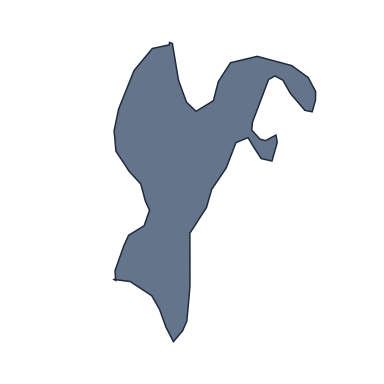 the district of Gbor, Nimba, Liberia, rotated 286°
{"feature_id": "62588387B71745180805277", "entity_name": "Gbor", "entity_type": "district", "adm_level": 2, "iso_a3": "LBR", "parent_name": "Liberia", "parent_adm1": "Nimba", "projection": "natural_earth1", "projection_center": [-8.695, 7.096], "detail": "fine", "context": "isolated", "style": "filled", "palette": "slate", "viewbox_px": 384, "rotation_deg": 286, "n_neighbors": 0, "source": "geoboundaries", "source_scale": "gbopen_adm2", "svg_char_len": 1330}
<svg xmlns="http://www.w3.org/2000/svg" viewBox="0 0 384 384"><g transform="rotate(286 192 192)"><path d="M329.6,129.2L327.1,129.4L319.0,114.3L296.9,104.6L292.8,102.8L282.1,101.7L251.6,98.6L236.5,99.7L231.7,100.1L229.5,100.2L210.3,107.6L199.1,120.7L194.7,125.7L187.1,138.0L185.5,140.6L170.5,149.6L165.3,154.0L162.7,156.2L146.4,155.3L132.9,143.0L121.5,141.3L113.8,140.8L111.3,140.7L95.2,139.7L87.6,142.4L86.4,141.1L86.0,143.0L86.7,142.7L87.9,150.8L88.9,157.2L81.2,181.9L74.7,188.6L70.2,193.2L54.7,204.4L43.0,215.4L55.9,221.2L66.6,222.6L89.6,218.2L100.9,216.0L103.7,215.2L129.1,207.9L151.8,201.3L157.9,203.2L161.2,204.2L170.6,207.0L181.0,210.2L199.5,210.2L200.0,210.2L208.8,213.1L222.8,217.7L224.8,218.3L237.3,219.4L251.5,220.6L255.7,225.8L259.7,230.9L252.8,238.2L243.2,249.3L243.7,258.3L243.8,260.3L262.9,260.3L265.7,259.1L269.9,257.0L261.6,248.5L261.6,242.6L262.5,241.2L268.0,232.3L276.2,230.9L290.5,232.1L321.3,234.6L325.7,239.1L326.4,239.8L324.5,248.6L313.7,259.6L309.0,266.8L301.6,278.0L302.2,285.4L314.3,285.4L322.6,283.2L329.2,276.8L334.0,272.2L341.0,253.0L340.6,231.1L340.4,217.3L334.8,207.4L326.9,193.4L310.1,188.3L305.5,186.9L295.8,187.1L293.3,187.2L285.6,187.4L270.7,173.6L276.7,162.1L285.5,155.6L295.6,148.3L301.0,145.7L327.9,132.9L329.3,132.2L329.6,129.2Z" fill="#64748b" stroke="#1e293b" stroke-width="1.5"/></g></svg>